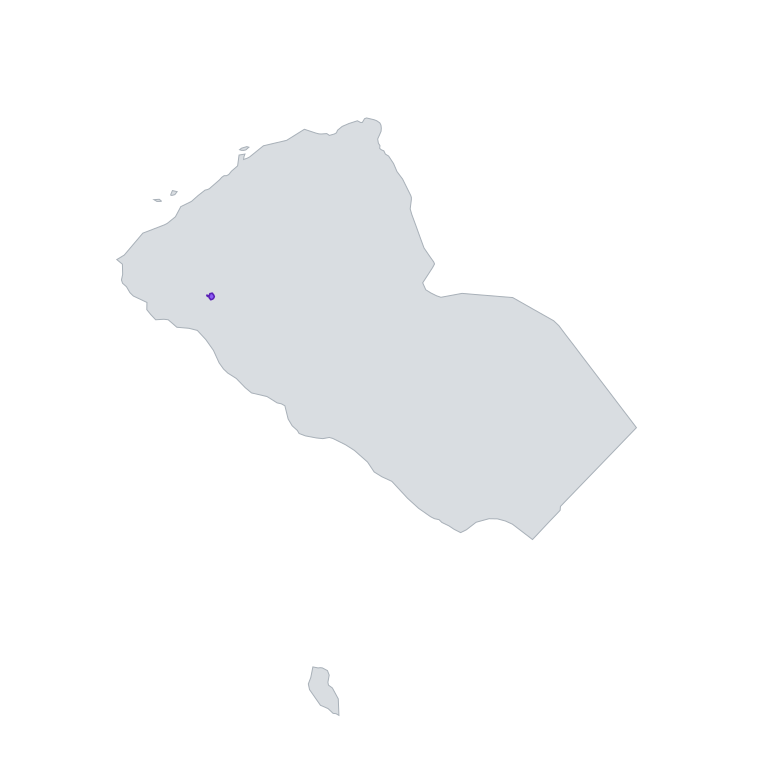 Al Maflahi, Lahij, Yemen shown in context, rotated 63°
{"feature_id": "15242507B25338309738569", "entity_name": "Al Maflahi", "entity_type": "district", "adm_level": 2, "iso_a3": "YEM", "parent_name": "Yemen", "parent_adm1": "Lahij", "projection": "equal_earth", "projection_center": [45.119, 13.783], "detail": "fine", "context": "in_parent", "style": "filled", "palette": "violet", "viewbox_px": 768, "rotation_deg": 63, "n_neighbors": 0, "source": "geoboundaries", "source_scale": "gbopen_adm2", "svg_char_len": 4328}
<svg xmlns="http://www.w3.org/2000/svg" viewBox="0 0 768 768"><g transform="rotate(63 384 384)"><path d="M590.0,322.3L567.2,333.2L561.1,338.1L555.7,344.1L551.7,351.6L549.0,364.7L551.3,376.8L551.2,383.2L545.3,387.5L539.8,390.6L533.6,395.3L529.9,396.5L526.9,400.2L523.3,402.8L510.5,409.6L496.5,414.9L474.3,421.2L465.7,428.0L457.9,432.7L446.0,434.1L429.6,440.6L420.6,445.9L409.3,454.3L406.8,457.0L404.9,463.3L401.4,468.7L394.6,477.5L389.6,482.1L386.1,482.3L379.5,484.8L371.7,485.3L358.4,482.2L355.1,484.4L352.3,487.8L342.1,493.9L331.8,506.1L324.3,509.3L312.0,513.1L303.4,518.2L297.7,520.2L290.3,521.3L276.6,520.7L263.5,522.6L251.5,526.0L245.8,532.5L239.4,542.8L228.8,547.1L226.4,550.7L223.1,558.3L216.2,560.3L210.1,561.6L203.7,558.2L191.8,567.4L187.3,568.9L180.4,569.3L175.6,571.2L172.1,570.7L167.7,567.1L158.5,562.7L151.8,565.6L151.2,556.9L140.1,530.4L142.5,507.4L142.5,504.2L140.3,493.9L133.7,484.5L133.9,472.6L131.7,464.1L130.0,455.4L130.6,453.1L130.7,451.0L127.3,437.5L126.2,434.8L125.8,432.0L126.9,429.8L126.9,427.3L125.1,423.2L123.2,415.4L114.2,409.2L116.0,403.5L117.8,405.5L120.2,407.2L120.7,403.5L120.7,400.7L117.0,383.3L122.7,360.1L120.9,339.3L129.5,330.8L131.7,328.3L132.9,326.1L134.9,321.3L137.7,319.8L138.7,314.8L138.6,312.3L136.8,310.2L135.5,304.3L136.0,296.9L136.5,293.9L137.4,288.2L140.4,286.1L141.1,284.5L138.8,280.9L139.0,278.8L144.1,272.8L146.1,271.0L149.4,269.2L152.0,269.2L154.9,270.3L157.5,271.9L160.1,275.0L162.8,278.4L166.9,279.7L169.8,279.4L172.1,280.9L174.0,280.1L176.2,278.3L179.8,278.4L183.0,276.4L192.0,275.4L200.7,276.0L209.8,274.4L218.9,274.5L228.1,274.6L230.1,274.9L232.1,275.9L239.9,281.2L245.7,282.3L257.5,283.7L270.1,285.3L281.0,286.6L290.3,285.4L297.9,284.3L300.0,284.5L302.3,287.8L307.0,295.9L311.4,303.6L319.0,304.0L323.9,301.1L329.3,297.1L332.6,293.9L336.3,281.4L338.7,273.3L344.3,264.3L349.0,256.7L355.2,246.6L358.7,241.0L365.4,230.1L371.9,225.8L384.5,217.5L396.7,209.4L404.7,204.1L411.5,201.7L423.0,199.7L436.4,197.2L449.9,194.8L464.2,192.2L480.2,189.3L491.1,187.3L505.0,184.8L516.6,182.7L526.9,180.8L537.5,178.9L539.6,185.0L541.7,191.1L543.8,197.2L545.9,203.2L548.0,209.3L550.1,215.4L552.2,221.5L554.3,227.6L556.4,233.7L558.5,239.8L560.6,245.9L562.7,252.0L564.8,258.1L566.9,264.2L569.0,270.3L571.1,276.4L573.2,282.4L576.5,284.4L578.5,290.0L581.3,298.1L584.2,306.2L587.1,314.2L590.0,322.3ZM624.3,569.4L627.1,570.2L631.4,568.0L643.8,567.7L658.8,574.6L656.0,576.4L654.3,578.9L647.8,581.2L641.4,586.5L622.5,589.1L616.9,587.6L612.3,582.5L603.8,575.8L607.1,571.6L607.8,569.6L609.0,567.8L613.7,564.5L618.5,565.0L624.3,569.4ZM119.8,486.9L119.2,488.2L118.4,488.0L115.6,484.7L118.7,481.0L120.3,484.4L119.8,486.9ZM111.1,404.9L109.7,406.3L109.2,403.9L110.2,398.5L111.7,396.9L112.7,400.9L112.1,403.1L111.1,404.9ZM118.3,503.4L115.3,505.3L117.4,500.4L119.5,499.4L120.1,499.6L118.3,503.4Z" fill="#d9dde1" stroke="#a8b0b8" stroke-width="1"/><path d="M225.3,495.6L225.2,495.7L225.2,495.8L225.0,496.0L225.0,496.3L225.0,496.5L224.9,496.7L224.9,496.8L224.7,496.9L224.7,497.0L224.7,497.3L224.7,497.5L224.7,497.8L224.5,498.0L224.6,498.3L224.8,498.4L224.8,498.5L225.0,498.6L225.2,498.8L225.3,498.9L225.4,499.0L225.5,499.1L225.6,499.3L225.8,499.3L226.0,499.4L226.1,499.6L226.0,499.8L225.9,499.9L225.9,500.0L225.7,500.2L225.6,500.3L225.4,500.4L225.3,500.5L225.2,500.6L225.0,500.8L224.9,500.9L224.9,501.0L224.7,501.1L224.5,501.3L224.4,501.4L224.3,501.5L224.2,501.6L224.1,501.8L224.2,501.7L224.3,501.7L224.5,501.7L224.8,501.7L225.0,501.7L225.3,501.6L225.5,501.6L225.7,501.4L225.8,501.4L226.0,501.3L226.0,501.2L226.3,501.0L226.4,500.9L226.5,500.8L226.7,500.7L226.8,500.6L227.0,500.6L227.3,500.5L227.4,500.4L227.6,500.4L227.8,500.4L228.0,500.5L228.3,500.6L228.5,500.5L228.7,500.4L228.8,500.4L229.0,500.2L229.4,500.2L229.5,500.2L229.8,500.2L229.9,500.3L230.0,500.3L230.1,500.2L230.3,500.1L230.4,499.8L230.4,499.7L230.4,499.4L230.4,499.2L230.4,498.9L230.5,498.8L230.5,498.7L230.6,497.9L230.5,497.7L230.4,497.6L230.3,497.4L230.2,497.3L230.2,497.1L230.1,496.8L230.1,496.7L229.9,496.3L229.7,496.2L229.4,495.9L229.3,495.7L229.2,495.6L228.9,495.4L228.6,495.4L228.4,495.4L228.3,495.5L228.2,495.5L227.8,495.5L227.7,495.5L227.6,495.4L227.4,495.4L227.2,495.3L226.9,495.4L226.9,495.5L226.7,495.6L226.4,495.6L226.2,495.7L225.9,495.6L225.7,495.6L225.4,495.6L225.3,495.6Z" fill="#8b5cf6" stroke="#5b21b6" stroke-width="1.5"/></g></svg>